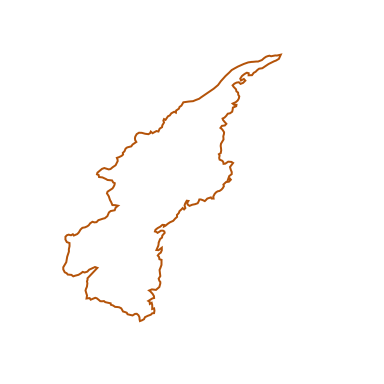 outline of Araguanã, Tocantins, Brazil, rotated 56°
{"feature_id": "56859067B14551772321426", "entity_name": "Araguanã", "entity_type": "district", "adm_level": 2, "iso_a3": "BRA", "parent_name": "Brazil", "parent_adm1": "Tocantins", "projection": "equal_earth", "projection_center": [-48.525, -6.736], "detail": "fine", "context": "isolated", "style": "outline", "palette": "amber", "viewbox_px": 384, "rotation_deg": 56, "n_neighbors": 0, "source": "geoboundaries", "source_scale": "gbopen_adm2", "svg_char_len": 4755}
<svg xmlns="http://www.w3.org/2000/svg" viewBox="0 0 384 384"><g transform="rotate(56 192 192)"><path d="M112.8,149.0L114.5,152.5L114.5,154.7L115.6,156.3L115.6,159.6L117.2,161.0L115.5,161.9L115.2,165.2L116.1,167.6L115.8,169.6L117.4,173.6L115.9,174.4L116.8,175.8L118.7,176.3L119.4,177.7L120.1,179.3L121.5,180.6L121.4,183.4L123.1,186.0L121.6,187.4L121.2,191.8L118.9,192.4L119.8,193.8L119.7,195.8L117.5,198.3L114.9,200.5L113.2,202.8L113.1,205.5L114.4,208.1L115.6,209.3L117.2,210.1L119.4,210.2L119.4,214.7L120.2,216.8L118.8,220.8L118.9,222.8L120.5,225.2L120.9,227.5L122.4,228.2L122.7,230.1L122.3,233.0L121.7,235.2L123.5,235.6L124.8,236.3L127.1,240.4L127.1,244.0L127.4,246.7L126.7,248.4L123.1,251.3L122.5,253.7L123.1,259.6L124.2,260.9L125.7,259.9L127.6,260.7L129.8,258.1L133.1,256.1L134.8,255.3L137.7,251.8L140.0,252.0L141.5,251.1L142.7,252.2L143.7,253.8L144.6,255.9L144.5,261.8L145.6,263.3L147.2,263.3L149.1,263.4L151.5,264.1L153.1,264.5L154.8,264.6L158.3,265.3L159.9,263.1L162.0,261.0L162.3,264.1L163.9,266.3L162.3,270.1L162.5,272.3L164.7,275.7L165.0,278.9L164.3,280.8L163.5,283.7L163.0,285.3L163.6,288.0L162.6,289.9L161.0,291.2L161.0,293.9L161.8,296.1L161.9,297.9L161.5,300.4L160.4,302.9L160.8,305.4L162.3,308.6L162.7,310.7L162.0,314.3L160.4,314.4L160.2,316.5L158.4,318.1L157.9,319.8L158.3,321.9L160.6,323.5L163.5,323.8L165.8,322.1L168.4,323.8L170.6,326.1L172.6,327.4L175.9,331.7L179.9,335.5L182.4,340.8L184.2,342.0L187.4,342.4L189.3,341.3L190.9,341.2L193.3,338.3L195.5,337.6L196.0,335.8L197.2,332.4L197.3,329.1L197.1,327.3L198.7,326.0L199.5,323.3L198.9,320.7L199.3,318.4L199.9,314.5L202.0,312.9L205.1,326.9L206.4,327.7L207.3,329.0L209.2,329.8L211.7,332.0L213.2,334.3L214.2,335.4L216.7,336.2L219.1,336.9L221.3,339.0L222.7,336.2L224.6,336.2L225.6,331.4L226.8,330.4L229.3,329.6L231.2,329.1L232.3,327.7L233.2,326.0L234.8,325.5L236.3,324.1L238.8,321.7L240.1,322.3L241.9,320.9L244.2,320.0L245.7,318.1L246.9,316.8L248.9,315.7L252.5,316.0L253.9,314.8L255.6,313.6L257.3,313.8L259.3,312.0L261.1,310.3L261.2,307.4L262.1,305.9L264.2,305.3L266.4,305.6L268.5,306.8L269.9,307.3L270.4,305.2L270.6,302.9L269.5,301.0L269.9,298.0L270.7,294.7L270.3,292.8L271.2,291.2L269.4,289.5L267.3,288.5L266.7,290.4L265.2,289.3L263.3,288.1L261.3,287.4L261.2,289.5L259.2,288.5L257.9,289.1L258.1,284.2L258.7,282.7L257.1,281.8L254.6,281.6L251.1,282.1L249.7,282.6L250.3,279.7L253.0,276.6L252.5,272.2L250.2,269.5L248.9,268.6L247.3,268.7L245.2,268.1L244.0,265.3L238.5,262.5L237.1,260.4L235.4,258.1L232.5,256.1L231.2,255.2L229.5,256.6L227.5,255.7L225.5,255.9L224.8,253.7L224.8,251.8L223.4,249.6L221.3,248.2L221.5,252.3L220.2,253.9L217.7,250.0L216.6,248.9L215.4,248.0L213.2,244.8L213.0,242.3L211.5,241.0L210.6,237.5L209.2,237.0L207.8,237.7L206.7,239.3L206.7,241.5L206.6,243.4L205.2,243.8L204.0,244.8L202.9,243.4L202.7,240.6L203.0,237.7L202.7,234.9L203.8,233.5L204.9,234.5L205.1,232.7L204.8,229.8L204.8,227.2L205.4,223.7L204.6,220.7L204.3,218.3L202.6,217.3L202.1,214.8L200.9,213.1L200.5,210.4L200.1,208.7L202.0,208.3L201.6,206.5L199.0,205.7L197.8,204.2L196.3,201.2L197.4,200.0L198.4,202.1L200.0,202.6L202.1,201.8L202.7,198.9L203.8,196.3L204.5,193.6L203.5,191.7L202.3,190.1L203.2,188.8L204.8,187.6L206.7,186.5L206.4,184.7L206.0,183.0L207.0,179.4L208.4,179.4L209.5,177.8L207.7,176.9L206.2,174.2L205.7,172.0L205.8,170.3L206.5,168.6L206.5,166.3L206.0,164.3L205.0,162.3L203.4,161.8L202.8,158.2L204.1,155.6L203.5,152.9L202.1,153.0L201.8,155.2L199.6,152.2L199.4,149.1L197.7,147.9L195.2,147.4L192.5,146.5L190.9,141.7L189.1,142.5L187.1,145.0L187.1,148.6L186.3,150.1L184.8,149.4L183.1,149.4L180.6,151.0L178.9,150.4L177.3,148.8L175.7,148.6L175.8,146.4L173.8,144.5L171.8,143.4L169.9,142.5L168.2,141.0L166.1,136.5L163.3,134.9L161.7,133.0L160.4,132.0L158.4,131.9L156.6,132.0L154.8,132.6L153.9,130.2L155.2,127.6L154.7,125.4L151.9,125.8L149.6,126.0L148.2,125.6L148.5,123.5L148.0,121.0L147.1,118.6L148.0,116.4L147.9,113.8L146.6,112.4L144.9,110.9L145.6,107.4L144.6,106.4L143.3,108.3L141.4,108.8L142.0,105.6L141.7,103.0L140.7,100.9L139.1,99.3L137.3,99.3L135.3,98.2L133.4,98.9L131.5,98.1L128.0,98.7L126.3,98.7L125.9,96.3L126.2,93.9L127.2,91.8L129.5,91.3L130.1,88.6L129.5,85.5L127.3,85.8L126.9,89.0L125.0,88.6L123.8,85.7L123.6,83.4L123.6,81.5L123.8,79.8L125.2,78.6L126.9,79.8L128.7,76.9L127.7,74.2L127.9,72.1L127.4,69.5L127.3,67.4L128.7,64.5L128.7,57.0L129.5,51.0L130.0,48.9L130.2,45.5L127.8,41.6L126.4,45.2L125.3,46.7L124.5,48.6L123.7,50.5L122.3,51.6L121.7,53.3L121.3,55.0L121.3,57.2L121.7,60.3L120.8,64.2L119.4,66.4L118.4,68.3L117.5,69.8L116.0,72.9L114.8,77.5L113.7,83.8L113.4,87.0L113.1,90.9L113.8,94.3L114.2,96.9L114.6,99.4L116.3,106.2L116.9,107.8L117.9,110.6L118.5,116.2L118.6,131.9L118.7,133.9L117.8,137.7L117.3,140.3L116.4,141.9L115.3,143.9L112.8,149.0Z" fill="none" stroke="#b45309" stroke-width="2"/></g></svg>